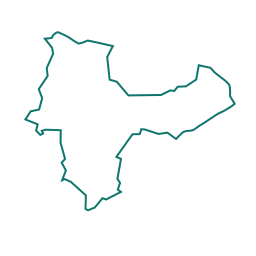 Dojran, Dojran, North Macedonia (Albers equal-area conic projection), rotated 277°
{"feature_id": "65306769B30499724495111", "entity_name": "Dojran", "entity_type": "district", "adm_level": 2, "iso_a3": "MKD", "parent_name": "North Macedonia", "parent_adm1": "Dojran", "projection": "albers", "projection_center": [22.692, 41.225], "detail": "fine", "context": "isolated", "style": "outline", "palette": "teal", "viewbox_px": 256, "rotation_deg": 277, "n_neighbors": 0, "source": "geoboundaries", "source_scale": "gbopen_adm2", "svg_char_len": 1255}
<svg xmlns="http://www.w3.org/2000/svg" viewBox="0 0 256 256"><g transform="rotate(277 128 128)"><path d="M123.0,177.0L125.7,179.1L130.6,183.1L132.0,186.0L133.4,192.0L134.5,193.8L139.3,199.0L142.5,203.1L148.8,210.4L153.3,215.8L155.0,218.6L156.7,221.2L159.4,224.7L162.3,228.2L165.0,230.9L172.1,225.4L176.0,225.0L179.7,224.4L182.1,223.7L183.4,223.0L183.9,222.6L186.6,219.1L193.6,207.3L197.8,202.6L198.9,190.6L184.4,189.8L176.4,180.5L175.0,172.3L170.4,169.4L170.4,165.3L164.8,156.7L160.4,124.4L172.6,111.2L173.7,103.9L195.8,98.7L207.5,103.0L209.4,83.6L209.9,77.3L209.6,76.8L207.1,72.4L205.8,68.8L207.5,64.5L210.4,58.9L212.0,55.0L214.5,47.3L214.3,46.1L214.0,45.4L212.5,43.7L211.4,42.7L210.7,42.2L208.9,41.6L208.2,41.4L207.8,40.4L206.5,34.6L198.2,43.0L192.4,44.6L177.6,40.0L169.9,41.9L155.7,34.7L147.1,39.2L135.5,37.5L132.7,29.4L124.0,25.1L120.6,37.9L114.2,37.1L110.5,41.8L112.1,44.4L114.7,42.8L116.3,46.6L117.6,61.5L105.1,62.9L89.6,69.3L85.5,66.4L78.3,71.5L68.1,69.0L69.6,71.4L67.6,77.8L56.0,94.4L42.5,95.7L41.5,98.4L45.0,104.7L55.2,111.2L54.4,115.0L63.7,128.7L65.6,125.4L72.5,126.8L76.2,123.7L96.5,124.8L97.9,120.0L122.3,133.2L123.4,140.4L128.4,141.3L128.6,144.8L125.8,159.1L128.2,167.7L123.0,177.0Z" fill="none" stroke="#0f766e" stroke-width="2"/></g></svg>